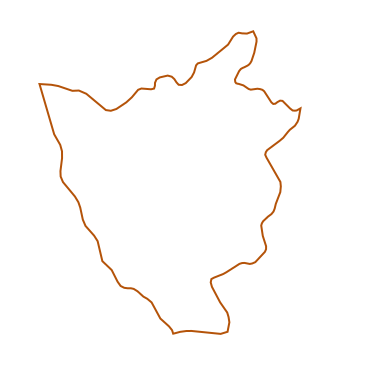 map outline of Chlef (Mercator projection), rotated 257°
{"feature_id": "DZA-2200", "entity_name": "Chlef", "entity_type": "Province", "adm_level": 1, "iso_a3": "DZA", "parent_name": "Algeria", "parent_adm1": "", "projection": "mercator", "projection_center": [1.303, 36.195], "detail": "fine", "context": "isolated", "style": "outline", "palette": "amber", "viewbox_px": 384, "rotation_deg": 257, "n_neighbors": 0, "source": "natural_earth", "source_scale": "10m", "svg_char_len": 1962}
<svg xmlns="http://www.w3.org/2000/svg" viewBox="0 0 384 384"><g transform="rotate(257 192 192)"><path d="M58.2,141.8L61.8,141.5L66.2,139.4L75.8,132.7L93.5,127.8L98.0,124.4L101.0,121.1L107.5,116.6L110.7,113.4L112.0,110.7L112.7,107.6L113.9,104.4L116.5,101.3L121.4,99.3L134.0,96.2L144.8,89.1L165.3,89.0L171.5,86.8L182.9,80.6L189.7,79.4L201.9,79.6L207.6,79.0L214.0,76.9L230.7,68.5L236.6,67.5L241.9,68.5L254.2,73.0L260.9,74.5L267.6,74.2L279.2,70.7L331.5,67.7L328.1,79.1L325.3,85.6L317.5,98.2L316.3,104.6L311.5,111.1L291.2,126.5L289.4,131.2L289.9,137.0L294.1,148.1L297.8,154.7L303.7,162.5L304.2,166.0L301.3,175.2L301.3,178.3L303.9,179.8L306.7,180.5L309.7,182.7L310.9,186.4L310.9,194.5L308.9,198.2L306.0,200.2L302.4,201.5L299.5,203.1L298.5,206.3L299.5,210.4L304.1,217.5L308.0,220.9L314.5,224.5L316.0,226.6L316.5,235.6L318.3,241.7L327.5,260.3L334.2,267.0L336.1,270.3L336.7,273.2L335.3,276.5L334.0,281.2L334.8,287.8L327.2,289.4L324.0,288.7L313.7,284.0L306.2,279.4L304.5,277.8L303.4,276.3L302.7,274.7L301.8,271.1L301.5,269.3L300.9,267.3L299.2,265.1L292.0,259.2L289.5,258.9L288.0,259.5L287.5,260.4L287.2,260.9L286.9,261.7L284.3,266.1L279.6,270.4L278.5,272.3L277.9,279.0L276.9,281.6L275.7,283.6L273.9,285.0L261.5,289.5L259.5,291.0L259.3,293.1L260.4,295.5L261.2,298.4L260.4,300.7L251.4,306.3L248.8,308.4L248.1,310.5L247.9,312.3L249.1,316.5L239.3,312.4L236.6,310.6L233.4,307.2L230.6,301.3L228.9,298.9L224.3,293.1L222.1,288.8L215.9,274.7L214.2,272.9L211.8,271.7L208.8,272.3L181.9,280.4L177.4,279.8L172.0,278.0L161.6,271.0L157.2,268.8L154.6,267.0L152.6,264.4L150.9,260.5L147.5,254.7L145.7,253.0L143.7,251.9L133.3,251.1L122.5,252.0L119.6,251.3L117.3,249.6L109.4,237.9L108.8,234.6L108.9,232.1L111.1,227.2L111.5,224.8L111.3,222.1L106.1,207.5L105.1,204.1L103.6,194.2L102.8,191.3L99.7,189.9L95.1,190.1L78.1,194.6L66.6,199.2L62.0,199.5L56.6,199.1L47.8,195.2L47.3,188.0L56.7,160.3L57.8,155.5L58.4,149.0L58.2,143.6L58.2,141.8Z" fill="none" stroke="#b45309" stroke-width="2"/></g></svg>